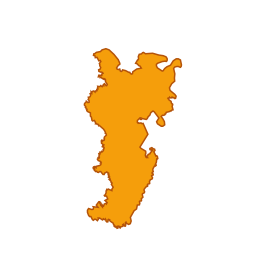 Nanumba North, Northern, Ghana (Natural Earth projection), rotated 326°
{"feature_id": "2480657B57712569843933", "entity_name": "Nanumba North", "entity_type": "district", "adm_level": 2, "iso_a3": "GHA", "parent_name": "Ghana", "parent_adm1": "Northern", "projection": "natural_earth1", "projection_center": [-0.086, 8.922], "detail": "fine", "context": "isolated", "style": "filled", "palette": "amber", "viewbox_px": 256, "rotation_deg": 326, "n_neighbors": 0, "source": "geoboundaries", "source_scale": "gbopen_adm2", "svg_char_len": 5840}
<svg xmlns="http://www.w3.org/2000/svg" viewBox="0 0 256 256"><g transform="rotate(326 128 128)"><path d="M157.5,59.1L156.0,52.6L154.0,49.9L150.2,48.7L147.9,49.2L144.1,47.6L141.9,47.8L141.1,47.4L140.0,48.5L141.0,49.8L140.2,51.4L141.8,52.1L141.4,56.1L142.8,56.5L142.6,57.8L140.3,58.5L140.1,59.6L139.4,60.6L139.2,62.6L137.9,63.6L136.2,63.3L135.5,64.8L136.5,66.3L137.4,66.9L137.9,67.9L137.9,68.7L136.5,68.6L135.7,69.7L133.3,67.9L132.0,69.0L133.2,69.7L133.5,70.3L133.2,70.7L134.1,70.9L134.2,72.1L134.9,73.6L135.3,73.5L135.4,74.4L136.2,74.2L136.4,75.2L135.3,77.0L135.2,80.3L134.0,81.0L133.5,80.7L133.3,78.1L132.0,78.2L131.6,79.3L131.1,78.7L129.9,79.4L129.4,78.9L129.2,77.6L127.7,77.9L126.2,76.5L125.9,77.3L125.0,77.8L125.0,78.8L123.7,78.6L123.2,79.7L122.1,79.2L121.5,79.7L120.9,79.1L120.7,79.4L120.5,78.4L119.9,77.9L118.4,77.8L117.6,78.7L117.6,77.4L117.0,78.2L116.9,79.0L115.8,78.4L115.4,79.9L114.5,80.6L113.4,80.9L112.3,80.3L111.7,81.8L110.8,82.2L111.1,83.4L110.2,84.9L109.0,84.5L108.4,82.5L107.9,83.0L105.7,83.4L104.7,84.5L104.9,86.6L104.2,87.0L104.4,88.1L104.0,88.9L104.5,89.6L103.5,90.6L103.8,92.0L105.3,94.4L103.5,97.1L103.7,98.5L102.4,101.6L102.6,102.4L104.3,102.9L104.3,104.7L103.9,105.3L104.2,106.4L103.6,106.5L105.3,108.3L104.9,109.7L105.6,109.8L107.1,115.3L107.0,118.1L106.8,119.1L106.2,119.5L106.6,120.4L106.1,121.8L103.4,122.3L102.4,123.2L102.5,123.7L101.6,124.7L100.9,124.8L100.4,124.1L99.2,124.6L99.2,123.5L98.7,123.7L97.5,125.9L98.0,127.2L97.8,128.0L98.5,128.4L97.9,129.0L97.3,128.4L96.2,129.1L97.2,130.6L97.1,131.2L95.3,132.1L95.5,132.5L94.7,133.0L93.3,133.3L93.0,132.6L92.1,133.1L91.2,132.4L90.9,133.3L89.5,132.9L89.3,133.5L89.8,133.4L89.8,134.2L88.1,135.0L88.1,136.0L87.5,136.7L86.6,135.9L86.3,136.5L85.2,136.7L85.1,138.3L86.4,140.2L86.6,141.4L85.6,141.6L85.9,142.0L85.7,142.6L84.8,143.2L83.5,143.2L80.1,142.0L79.4,143.0L78.8,141.3L77.7,141.0L76.9,141.4L76.6,142.2L77.0,142.5L77.0,142.1L77.4,142.1L77.7,142.5L77.2,143.7L76.5,143.8L76.8,146.0L77.8,146.3L77.9,147.5L78.6,148.3L80.3,148.3L81.0,148.9L81.3,152.5L82.2,153.2L84.0,152.2L84.6,152.6L85.8,152.5L86.6,154.5L85.7,154.9L86.2,155.7L85.5,156.2L85.6,157.4L85.0,157.2L85.0,158.3L84.3,158.1L84.7,160.2L84.4,160.9L83.7,160.5L84.1,162.7L83.6,163.6L84.0,164.3L83.9,164.8L82.7,165.4L82.6,168.8L80.5,169.7L79.6,170.9L77.5,167.6L76.6,167.8L76.2,167.0L74.6,168.0L73.6,169.5L71.6,170.7L70.7,170.6L70.6,171.4L71.0,171.7L71.3,171.4L72.1,172.6L71.5,175.5L68.4,175.2L69.0,178.2L67.7,178.8L67.8,178.2L65.8,177.8L63.9,179.2L63.6,178.9L63.6,177.2L62.6,179.0L62.2,176.5L62.7,175.6L62.6,174.6L62.9,173.9L63.3,174.1L63.4,173.3L62.6,172.8L58.6,174.2L58.8,177.0L55.2,173.9L55.2,174.4L53.8,175.8L53.3,175.8L52.2,175.1L50.3,172.7L48.4,173.5L47.2,175.3L46.5,178.2L46.6,179.9L47.7,180.6L47.3,183.9L47.6,185.1L49.5,185.0L50.3,185.9L50.8,187.7L52.8,186.9L52.9,186.0L54.1,186.7L55.4,189.9L56.8,189.5L57.0,190.6L57.7,191.1L58.4,190.7L58.4,191.6L57.7,192.9L58.0,194.2L58.9,194.5L60.0,193.0L60.7,192.8L61.5,193.8L61.0,194.3L61.2,195.5L62.5,198.6L62.0,200.1L62.3,200.8L61.6,201.5L62.0,202.9L62.6,202.4L63.2,203.1L62.8,205.0L63.6,205.3L64.6,203.7L65.2,204.0L65.4,205.6L65.9,205.3L65.9,206.4L66.9,205.9L68.6,206.6L69.3,206.5L69.6,205.2L70.6,205.2L70.5,207.7L71.0,207.9L72.2,206.7L72.8,205.1L73.7,204.9L73.5,206.1L74.6,208.3L76.4,208.6L78.6,206.9L80.0,203.4L86.8,200.0L89.8,199.9L92.6,197.1L94.5,198.1L95.8,196.9L96.3,195.4L96.9,195.2L98.3,195.9L98.9,195.4L99.4,194.1L101.7,193.7L102.5,191.3L103.3,190.6L105.4,190.8L106.2,190.0L106.5,188.4L107.2,187.8L109.8,186.9L111.7,187.2L112.1,186.8L112.0,186.1L113.2,185.6L114.7,186.2L115.2,185.9L115.6,184.6L117.5,183.4L119.6,183.7L120.5,183.0L120.7,181.1L121.0,180.6L122.6,181.0L123.1,180.3L122.7,178.8L123.3,178.3L124.5,178.4L125.1,176.6L126.0,175.7L128.8,174.3L129.4,174.9L130.5,174.7L130.7,174.0L130.4,173.4L132.3,172.3L134.5,169.7L134.9,170.1L135.6,170.0L136.5,167.9L136.3,167.1L135.5,167.0L136.1,162.2L137.8,161.7L138.2,160.4L137.3,159.3L136.8,157.6L134.7,157.2L134.1,158.2L134.7,159.1L135.6,159.1L135.9,160.2L132.5,161.1L132.0,161.6L129.8,161.2L128.6,162.1L127.4,162.1L127.0,162.5L127.3,163.2L126.8,162.9L126.6,162.0L127.0,160.7L127.3,160.8L127.8,159.4L128.7,158.9L129.7,157.1L127.4,152.2L127.2,150.5L141.0,144.3L143.1,132.6L142.0,132.2L141.6,131.0L140.5,130.7L139.6,130.0L139.7,129.7L139.1,129.7L138.9,128.5L140.0,127.0L143.7,126.3L144.0,126.6L143.3,126.7L143.1,127.8L144.0,128.4L145.0,128.0L147.9,131.1L149.1,131.0L151.1,129.9L153.2,129.6L155.5,128.0L158.2,127.9L158.8,129.2L159.2,137.0L155.2,138.8L154.8,141.0L156.5,145.1L157.8,146.0L160.2,145.9L161.7,143.1L162.0,140.1L161.9,137.0L163.6,136.7L164.8,137.5L166.1,137.6L166.3,137.1L167.3,137.3L168.4,136.4L172.0,137.7L172.8,137.5L173.3,138.0L174.4,137.7L175.5,138.1L176.7,134.7L178.0,133.8L177.9,133.4L178.3,133.1L177.9,131.7L178.6,130.0L177.7,127.7L178.0,126.8L177.7,126.2L178.1,126.2L178.1,125.7L179.2,126.0L179.7,125.7L179.8,126.6L181.2,127.5L181.5,127.0L182.3,127.5L182.7,128.6L183.2,128.8L183.3,129.8L184.0,130.0L185.7,128.5L185.6,126.3L184.0,120.8L184.0,119.9L184.9,117.8L189.1,115.7L192.9,115.3L194.4,112.6L197.1,109.3L199.1,104.2L200.6,103.6L202.2,104.0L203.9,104.9L205.4,107.0L206.5,106.7L207.6,105.6L209.5,100.9L208.4,98.8L206.6,97.6L203.1,97.6L198.3,99.7L194.6,99.0L191.7,99.2L189.1,100.2L188.2,99.9L186.0,94.6L186.3,92.4L187.2,91.1L188.8,90.9L193.6,92.1L196.3,93.4L196.8,94.2L197.6,94.2L198.6,93.5L199.3,92.2L199.3,90.2L197.6,87.7L194.4,84.8L190.2,79.8L184.0,76.2L183.1,74.0L182.2,73.7L180.7,74.1L178.5,73.2L176.5,74.5L175.4,76.6L174.7,77.1L174.0,76.9L170.5,78.6L171.5,80.0L171.8,82.3L172.6,83.4L172.5,85.8L168.2,84.0L163.4,84.1L162.0,85.5L161.0,85.2L160.5,84.2L160.6,82.8L159.7,82.1L158.1,79.1L156.0,76.8L155.1,77.4L153.9,77.3L153.5,76.4L154.1,74.5L153.1,74.4L151.9,73.2L152.1,71.8L155.2,70.5L156.7,70.7L157.4,69.8L158.1,65.9L157.5,59.1Z" fill="#f59e0b" stroke="#b45309" stroke-width="1.5"/></g></svg>